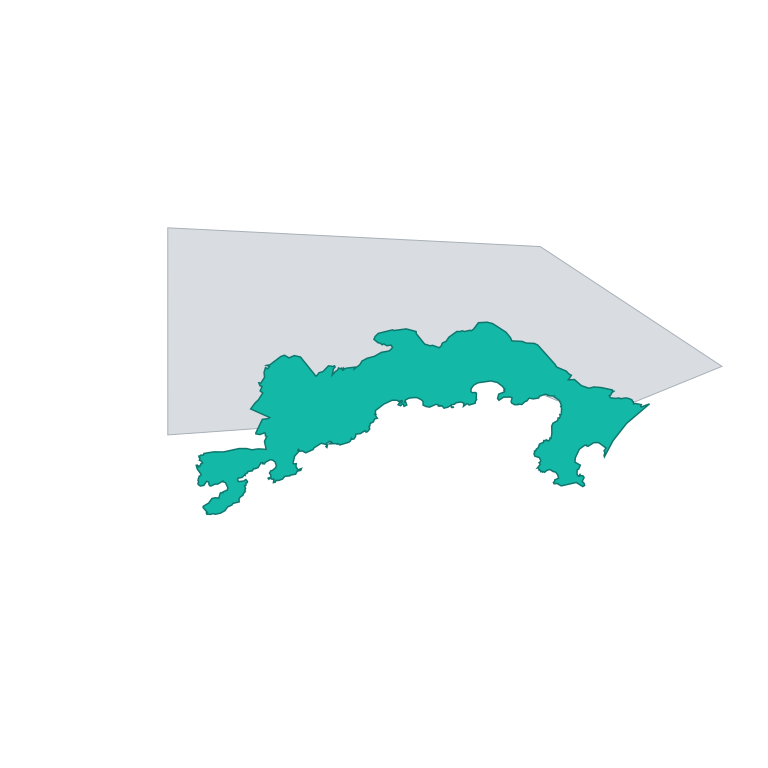 West Mahe, Anse Boileau, Seychelles shown in context, rotated 305°
{"feature_id": "34574756B14018612202061", "entity_name": "West Mahe", "entity_type": "district", "adm_level": 2, "iso_a3": "SYC", "parent_name": "Seychelles", "parent_adm1": "Anse Boileau", "projection": "albers", "projection_center": [55.437, -4.697], "detail": "fine", "context": "in_parent", "style": "filled", "palette": "teal", "viewbox_px": 768, "rotation_deg": 305, "n_neighbors": 0, "source": "geoboundaries", "source_scale": "gbopen_adm2", "svg_char_len": 6329}
<svg xmlns="http://www.w3.org/2000/svg" viewBox="0 0 768 768"><g transform="rotate(305 384 384)"><path d="M586.2,433.2L592.3,650.7L479.3,577.8L447.7,437.3L296.6,332.5L218.3,236.1L387.9,117.3L586.2,433.2Z" fill="#d9dde1" stroke="#a8b0b8" stroke-width="1"/><path d="M331.9,277.2L332.7,280.1L329.7,280.0L329.5,277.5L324.7,279.1L321.0,282.3L314.1,282.6L313.2,280.8L311.4,283.4L312.2,285.5L307.3,286.5L307.1,289.9L299.0,290.2L294.6,289.3L287.1,289.1L291.0,309.6L289.1,308.9L285.3,304.6L270.3,307.1L269.7,307.6L271.3,311.2L275.6,314.3L275.5,315.0L273.5,316.6L273.8,318.1L268.4,319.0L262.9,325.0L258.8,318.3L254.3,313.5L252.3,308.4L248.1,302.4L236.3,291.5L230.6,283.3L223.8,276.3L222.2,276.8L220.4,274.5L219.4,274.6L218.8,273.7L217.8,274.5L217.7,275.9L215.6,276.5L216.1,278.0L215.3,280.7L213.3,279.7L211.6,280.5L210.6,279.3L209.8,279.8L209.4,279.1L210.5,277.7L209.7,276.8L207.3,279.8L205.0,286.2L203.7,286.4L202.7,285.5L199.6,286.4L198.2,287.0L197.7,288.2L195.5,288.8L195.1,289.8L195.1,292.1L197.7,294.6L202.6,294.5L203.1,296.8L201.3,298.2L200.7,299.9L201.3,300.8L204.8,302.8L206.8,305.3L212.1,307.7L211.5,308.0L212.3,310.6L209.5,315.5L207.3,316.5L203.3,314.0L202.3,314.4L201.5,312.7L200.6,312.5L195.8,314.1L194.0,311.0L191.5,308.7L185.9,308.7L180.2,306.1L179.0,306.7L177.5,312.9L176.5,312.4L175.7,313.5L177.9,317.0L179.6,318.0L180.5,320.5L184.5,324.2L189.1,326.4L193.6,326.4L197.5,328.8L199.6,328.8L204.4,333.0L206.6,331.2L209.1,331.1L212.0,332.3L213.3,331.7L216.5,332.0L216.9,331.1L219.1,330.5L220.6,328.2L221.9,329.0L223.5,327.8L224.8,328.5L225.9,328.1L226.5,325.6L224.1,324.8L220.6,320.8L221.6,319.0L223.1,318.5L226.0,321.3L229.5,322.0L229.6,322.6L230.3,321.9L232.7,323.1L234.4,322.8L237.2,325.9L240.2,325.8L240.4,326.8L243.2,328.8L249.0,328.4L250.0,329.8L249.0,330.2L250.0,331.9L251.8,331.7L256.8,334.3L257.8,336.6L257.7,339.5L255.6,342.4L253.6,343.3L249.0,342.1L248.2,341.1L245.4,341.2L244.4,343.6L242.8,344.8L239.9,342.7L240.8,344.2L240.3,344.4L241.8,345.2L241.6,346.4L242.8,348.5L239.8,350.0L241.2,351.2L243.1,350.9L244.8,353.3L248.0,355.4L251.5,355.7L254.8,359.6L255.8,359.7L259.4,363.3L262.9,363.0L265.5,365.3L267.4,364.9L264.3,362.6L265.9,359.2L268.4,357.8L266.7,355.7L267.0,354.8L273.6,352.2L279.6,352.9L280.4,352.4L280.3,351.4L281.5,351.4L280.6,353.5L282.3,355.5L282.7,359.3L289.6,363.5L291.6,363.3L299.4,366.5L301.4,371.6L300.9,372.4L299.4,372.3L299.3,373.6L301.2,372.9L302.0,371.0L305.6,372.1L306.5,373.8L306.1,375.4L304.7,373.9L303.6,373.5L307.4,378.5L307.8,380.1L308.8,380.3L308.7,382.7L316.1,388.6L318.0,389.2L320.7,388.5L320.4,389.5L321.7,390.9L324.5,390.9L326.8,389.7L329.8,393.1L334.8,395.1L334.2,396.8L335.4,397.8L339.0,398.1L340.6,396.1L341.4,396.5L343.6,395.3L347.0,397.1L349.8,396.2L352.1,398.2L353.1,395.4L354.4,394.9L353.8,393.8L355.4,393.7L357.2,392.2L367.5,395.4L375.4,400.0L378.0,403.8L378.4,407.2L378.9,406.5L380.8,408.4L379.5,409.0L377.5,407.4L375.1,407.4L375.7,410.1L378.0,410.3L378.5,411.0L377.2,413.3L379.9,414.7L381.8,411.9L381.1,411.3L383.5,410.8L386.9,412.7L390.3,416.6L391.9,419.2L392.5,423.9L392.1,426.0L389.1,428.1L389.7,431.4L391.2,434.6L397.1,438.2L398.0,440.0L397.4,440.7L398.6,442.6L397.9,442.4L399.4,444.3L398.6,447.0L401.8,449.7L405.3,451.1L404.9,451.1L404.6,451.3L403.6,452.7L404.1,453.8L405.3,454.5L404.1,452.8L404.9,451.1L405.7,451.1L407.9,453.4L409.3,453.5L411.1,454.9L413.5,457.5L414.1,460.6L411.3,461.9L415.1,463.1L415.9,464.4L415.6,465.8L420.6,469.7L422.1,468.8L424.6,468.7L424.9,467.9L429.5,465.0L429.5,463.8L427.6,461.3L427.5,460.0L428.6,458.8L430.7,458.0L434.7,458.2L438.9,460.3L447.8,469.8L450.3,476.1L450.0,482.5L449.0,485.3L448.3,485.6L448.9,485.8L446.7,487.2L441.5,483.8L437.3,485.3L436.6,487.5L441.8,489.5L445.9,495.1L446.1,496.9L442.5,498.2L441.6,499.6L442.0,503.0L444.0,505.7L444.5,505.4L446.3,508.7L450.5,509.6L452.1,510.8L455.7,511.0L457.4,514.8L461.2,518.7L463.1,518.4L468.0,521.8L469.0,524.2L468.5,524.8L471.8,530.7L471.1,530.9L471.1,537.2L468.0,542.0L467.1,541.5L466.1,543.3L461.1,546.4L460.2,546.6L459.8,545.6L458.4,547.0L456.6,547.3L456.1,546.1L453.7,547.2L448.8,544.9L445.8,545.5L439.7,549.9L435.3,552.0L434.9,550.9L433.8,551.6L431.6,551.4L431.4,549.0L430.8,549.3L429.3,547.3L427.7,548.1L424.0,545.8L420.4,546.9L417.8,546.1L416.6,546.6L415.3,545.7L414.2,546.9L413.1,546.7L411.4,548.8L412.8,553.5L411.2,556.3L410.2,556.8L408.5,556.1L407.8,558.1L403.3,557.8L404.1,558.4L402.4,560.5L403.0,560.8L402.1,562.8L402.9,563.1L402.7,564.4L403.7,564.9L403.7,566.1L406.7,567.0L409.1,568.9L409.3,573.0L410.3,574.9L409.3,578.3L407.0,581.0L403.3,578.9L401.9,579.7L400.6,579.2L399.8,580.6L401.8,582.8L402.2,587.6L413.6,598.0L414.0,605.7L416.1,606.5L417.4,604.9L417.8,602.2L422.1,601.6L422.9,599.7L421.7,597.5L422.3,596.4L421.0,596.4L421.0,597.2L420.0,596.5L420.2,594.8L421.4,593.4L424.6,591.5L426.0,592.3L430.1,591.4L429.5,585.2L433.4,583.0L442.7,581.4L448.9,583.6L450.1,584.8L449.5,585.7L450.1,586.9L456.3,589.5L459.1,593.5L458.9,602.6L455.4,602.6L454.4,604.4L451.9,605.1L450.8,606.3L468.9,604.1L490.8,605.3L520.0,612.9L512.7,607.9L512.9,607.1L514.7,606.6L512.0,600.7L510.9,599.8L512.5,598.3L512.2,597.7L513.2,596.3L512.7,593.4L511.4,590.2L507.6,586.2L507.5,584.6L505.1,582.1L502.6,577.5L503.6,575.2L504.8,576.0L507.6,575.6L509.9,576.4L509.3,574.8L510.1,574.4L505.7,564.0L502.0,557.7L498.1,554.3L495.9,546.6L496.9,537.4L493.1,532.6L498.6,532.5L498.3,529.3L499.1,526.0L496.9,515.6L498.1,513.2L504.1,487.6L503.5,483.9L499.1,477.0L498.1,472.7L492.6,464.0L494.5,461.0L496.4,454.1L495.8,438.4L493.8,433.1L488.4,426.2L480.3,425.9L477.8,425.1L477.4,423.7L473.2,419.9L472.5,417.6L470.4,416.0L468.8,413.5L459.5,410.3L454.6,410.4L451.0,408.3L447.7,409.1L445.3,408.3L443.6,401.7L441.8,399.9L440.0,394.4L443.7,381.6L445.4,380.2L441.9,370.6L433.5,361.5L433.3,360.0L422.2,350.3L417.9,349.5L414.8,350.1L414.4,355.7L415.3,357.4L415.1,360.1L416.7,360.6L417.0,364.4L419.9,367.4L418.8,370.1L415.3,369.6L413.9,369.1L408.4,363.7L401.2,360.3L395.5,355.5L390.3,352.8L385.8,353.1L379.3,351.0L381.1,350.5L375.4,344.1L372.9,342.4L373.5,341.9L372.2,341.9L372.6,343.3L371.5,342.0L372.9,340.3L371.3,339.3L371.2,337.7L368.3,338.0L366.5,337.0L361.7,336.4L367.4,333.9L369.9,334.2L370.5,333.0L369.2,332.3L367.0,328.1L359.2,326.9L355.9,324.3L352.3,324.2L351.4,323.5L358.2,300.1L355.8,294.2L350.9,291.2L350.5,286.0L347.3,283.7L334.3,279.5L331.9,277.2Z" fill="#14b8a6" stroke="#0f766e" stroke-width="1.5"/></g></svg>